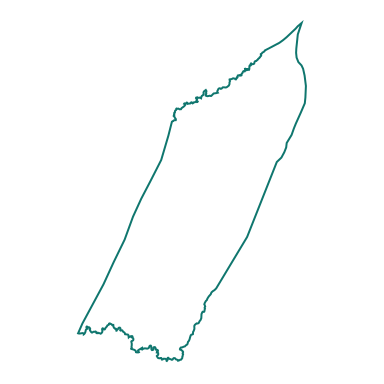 Feuang, Vientiane, Laos (Albers equal-area conic projection)
{"feature_id": "54806243B7670424419028", "entity_name": "Feuang", "entity_type": "district", "adm_level": 2, "iso_a3": "LAO", "parent_name": "Laos", "parent_adm1": "Vientiane", "projection": "albers", "projection_center": [102.059, 18.657], "detail": "fine", "context": "isolated", "style": "outline", "palette": "teal", "viewbox_px": 384, "rotation_deg": 0, "n_neighbors": 0, "source": "geoboundaries", "source_scale": "gbopen_adm2", "svg_char_len": 5909}
<svg xmlns="http://www.w3.org/2000/svg" viewBox="0 0 384 384"><path d="M178.1,360.7L179.3,360.3L180.3,359.7L181.0,359.7L181.9,358.6L182.3,357.9L182.3,356.8L182.7,356.0L182.7,355.1L183.1,354.5L183.1,354.1L182.7,353.6L182.6,353.2L183.1,352.2L183.1,351.9L182.5,351.0L181.9,350.6L181.3,349.9L180.2,349.7L179.9,349.1L180.2,348.3L180.9,347.5L182.1,347.4L183.7,346.7L184.9,346.4L185.9,345.3L186.8,344.8L187.5,344.0L188.0,341.9L189.0,340.7L189.7,338.9L189.9,337.9L190.7,335.4L191.3,334.7L192.5,334.4L192.9,334.2L193.1,331.9L193.7,330.9L194.4,328.9L194.3,326.0L194.7,325.1L195.0,324.7L196.6,323.4L197.7,323.5L198.6,323.1L199.7,321.0L200.5,320.1L201.3,318.2L201.5,314.1L202.3,312.2L202.8,311.7L203.8,311.9L204.2,311.7L204.5,310.9L204.7,309.4L205.0,308.7L204.6,307.9L204.7,307.4L205.2,306.6L204.6,304.8L204.3,304.3L204.8,302.9L205.8,301.1L206.9,300.0L207.4,298.6L208.8,296.4L210.7,294.3L211.2,293.0L211.5,292.4L212.8,291.2L214.5,290.1L216.2,288.4L247.1,237.0L276.8,162.0L281.4,157.6L284.3,152.2L286.2,147.4L286.7,143.0L291.6,134.9L293.9,128.4L295.8,123.7L300.8,112.6L304.8,103.3L305.4,97.5L305.9,86.0L304.6,75.6L303.1,68.8L301.5,65.4L298.4,62.1L296.6,57.6L296.1,52.8L296.3,48.7L297.8,34.4L301.6,23.0L297.7,26.3L295.7,28.6L286.6,37.2L283.0,40.2L279.4,42.8L264.8,50.5L264.6,51.1L263.6,52.0L262.5,52.5L261.7,53.6L260.8,54.1L260.8,54.5L261.2,55.4L261.1,55.8L260.5,56.3L260.0,57.2L259.5,57.5L259.3,58.1L258.2,58.8L257.9,59.5L257.0,60.3L256.8,60.3L256.2,61.0L255.3,61.1L254.7,61.7L254.5,62.1L254.2,63.6L253.3,64.1L252.1,64.2L251.8,64.1L251.4,63.6L251.1,63.4L250.9,63.6L250.2,65.0L250.7,65.4L250.5,65.6L249.6,65.7L249.4,66.1L249.3,69.1L248.9,69.9L248.5,69.8L247.7,69.0L246.2,69.0L246.1,69.4L246.5,70.2L246.0,70.3L245.7,70.0L245.7,68.9L245.4,68.7L245.0,68.8L245.1,69.4L245.0,71.0L244.7,71.4L244.2,71.4L243.7,71.1L243.3,71.3L242.7,72.3L242.4,73.1L241.7,73.7L241.5,74.2L241.6,75.1L241.4,75.4L240.3,75.6L240.3,75.1L240.1,75.0L237.8,75.5L237.7,76.0L237.6,77.1L237.5,77.3L237.2,77.1L236.9,77.2L236.4,78.7L235.9,79.4L235.4,79.3L235.1,78.7L233.1,78.3L231.6,79.1L229.6,79.4L229.5,79.8L230.0,81.1L229.5,82.4L229.5,84.0L228.9,85.5L227.3,86.8L226.5,87.3L225.7,87.5L223.7,87.3L222.7,87.4L221.7,88.5L221.0,88.8L220.6,88.8L220.2,88.4L219.3,88.3L218.5,88.8L217.3,91.2L217.4,92.1L217.8,92.7L216.3,93.1L213.6,93.5L211.3,95.9L210.9,96.0L209.8,95.7L208.6,96.0L207.5,96.2L206.3,95.9L205.6,95.5L205.6,94.8L206.1,94.2L206.3,93.7L206.0,92.9L206.4,91.6L206.4,91.0L205.8,90.0L204.2,91.2L203.7,91.9L203.5,92.6L203.7,93.4L203.6,93.7L203.0,95.2L201.9,95.9L201.4,96.7L201.1,98.3L199.8,97.6L199.2,97.8L197.9,97.8L197.7,97.7L197.4,97.3L197.1,97.3L196.9,97.6L196.1,97.7L196.0,98.1L196.7,98.7L197.0,99.5L196.5,100.1L196.5,100.6L197.7,101.5L197.4,102.0L196.9,102.1L196.2,101.9L195.5,101.9L194.7,102.3L193.9,102.3L193.1,103.1L192.6,103.4L192.1,103.1L191.7,102.3L191.3,102.3L190.1,103.5L188.8,103.5L187.7,103.9L187.3,103.6L187.1,102.7L186.7,102.6L185.9,103.5L184.5,103.4L184.2,103.6L184.1,103.8L185.3,104.3L185.3,104.8L184.5,105.9L183.6,106.7L181.6,108.1L181.0,109.2L179.6,109.3L178.3,108.6L177.4,108.8L176.6,108.5L176.3,108.7L176.2,109.7L175.9,110.2L175.2,110.6L174.9,111.5L174.9,112.5L174.3,112.8L174.2,113.0L174.3,113.7L174.1,114.0L173.9,115.4L173.7,115.7L173.7,116.0L174.0,116.1L174.3,115.8L174.3,116.7L174.7,117.3L175.0,118.0L175.7,118.8L175.9,119.9L175.7,120.2L174.9,120.1L173.7,120.5L173.2,121.1L172.6,121.2L171.9,121.8L168.4,135.6L161.2,160.0L150.6,180.8L141.3,198.6L133.0,216.7L124.6,239.7L113.6,262.3L103.5,284.3L82.4,323.5L78.1,333.3L78.8,333.5L80.0,333.5L82.5,333.1L83.4,333.3L83.8,333.8L83.8,334.3L84.1,334.1L84.7,333.4L85.3,332.2L85.9,329.7L86.4,329.1L87.6,328.7L87.5,328.2L86.4,327.2L86.5,326.8L86.9,326.5L87.8,327.1L89.3,327.4L89.8,328.0L90.2,328.9L89.9,329.7L90.0,330.5L90.7,331.3L91.1,332.0L92.0,332.6L93.3,331.9L93.8,331.7L94.7,331.8L95.4,331.5L95.9,331.7L96.4,333.0L96.8,333.2L97.4,333.2L97.9,332.7L98.4,333.1L99.4,333.1L100.7,333.7L101.5,333.1L102.2,332.1L102.4,331.1L102.1,329.3L102.3,328.6L102.7,328.3L103.0,328.4L104.1,329.5L104.7,329.4L105.1,328.9L105.3,328.2L107.0,326.3L107.3,325.5L108.9,324.6L109.0,323.7L109.6,323.4L110.1,323.5L110.7,324.0L111.3,324.1L111.9,324.8L112.3,324.8L112.5,325.2L113.3,325.0L113.5,326.7L114.0,327.8L114.4,328.1L115.0,328.4L115.1,328.8L115.4,329.0L116.1,328.9L116.4,329.3L116.3,330.4L116.4,330.7L116.7,330.6L116.8,330.2L117.1,329.8L117.8,329.3L118.6,327.9L119.2,327.6L119.9,327.7L120.4,328.3L120.4,329.3L120.2,329.9L120.2,330.3L120.6,330.6L121.7,330.3L122.3,330.4L123.2,331.8L124.4,332.5L125.0,333.5L125.1,334.2L127.9,334.6L128.4,335.2L128.7,337.3L128.9,337.1L129.5,336.9L130.2,336.4L131.5,336.1L132.3,336.2L132.5,336.5L132.4,336.9L131.5,337.2L131.9,337.5L132.6,337.7L133.2,338.3L133.4,339.2L133.2,340.2L132.5,340.8L131.6,341.1L131.3,341.6L131.8,343.9L131.7,344.4L131.8,344.9L131.5,346.9L131.8,347.7L131.7,348.4L131.2,348.6L131.3,349.0L132.7,349.3L134.2,349.8L135.3,350.5L135.9,351.4L136.0,352.2L136.8,352.4L138.4,352.4L138.9,352.2L138.0,350.6L138.4,350.1L142.2,347.8L142.3,348.2L141.9,349.4L142.3,349.5L143.1,348.8L144.4,348.4L145.9,348.4L146.6,348.6L147.6,348.6L148.2,348.3L148.8,347.9L149.6,346.0L150.2,345.6L150.7,345.6L151.0,345.9L151.2,346.3L151.4,349.2L151.6,349.7L152.0,350.1L152.7,350.0L153.4,349.6L153.5,349.0L153.4,347.9L153.5,347.6L153.9,347.2L154.8,347.1L155.1,347.3L155.6,348.2L156.0,349.7L157.4,349.9L157.9,350.4L158.0,350.8L157.9,351.1L156.9,351.8L156.8,352.5L157.7,352.6L158.0,352.8L158.2,353.2L158.2,354.6L157.9,355.1L157.0,355.7L156.8,356.0L157.7,357.6L158.3,358.1L159.5,358.3L160.7,358.0L161.2,358.0L161.5,358.3L161.8,359.5L162.0,359.5L162.6,359.5L163.5,358.8L163.9,358.7L165.8,358.9L166.2,359.3L166.6,360.9L166.8,361.0L167.4,360.3L167.7,358.9L167.7,358.0L167.9,357.8L168.4,357.8L168.7,358.4L169.2,358.8L170.9,359.3L171.8,359.8L172.3,359.7L172.6,359.5L173.2,358.6L173.8,358.1L174.5,358.1L174.9,358.2L176.0,359.4L177.9,360.0L178.1,360.7Z" fill="none" stroke="#0f766e" stroke-width="2"/></svg>